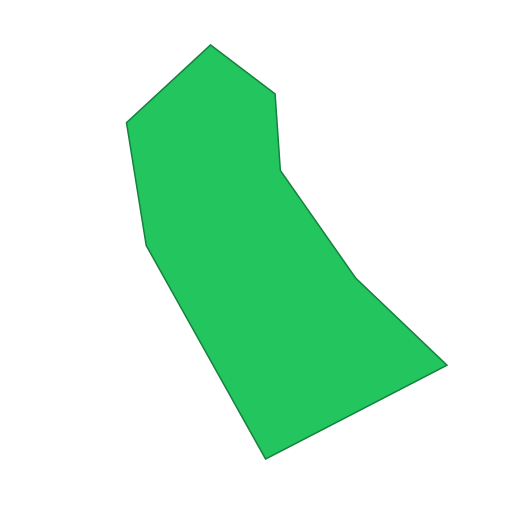 map outline of Jersey (Equal Earth projection), rotated 235°
{"feature_id": "JEY", "entity_name": "Jersey", "entity_type": "country or territory", "adm_level": 0, "iso_a3": "JEY", "parent_name": "Europe", "parent_adm1": "", "projection": "equal_earth", "projection_center": [-2.1, 49.218], "detail": "fine", "context": "isolated", "style": "filled", "palette": "green", "viewbox_px": 512, "rotation_deg": 235, "n_neighbors": 0, "source": "natural_earth", "source_scale": "50m", "svg_char_len": 277}
<svg xmlns="http://www.w3.org/2000/svg" viewBox="0 0 512 512"><g transform="rotate(235 256 256)"><path d="M439.5,226.4L455.0,339.8L377.8,364.6L312.1,325.0L180.6,325.0L57.0,349.8L84.2,147.4L327.6,172.1L439.5,226.4Z" fill="#22c55e" stroke="#15803d" stroke-width="1.5"/></g></svg>